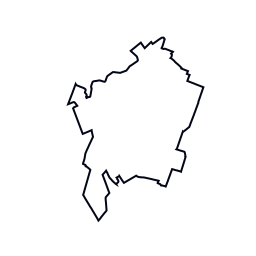 Saraiu, Constanta, Romania (Equal Earth projection), rotated 109°
{"feature_id": "2599482B59135931499306", "entity_name": "Saraiu", "entity_type": "district", "adm_level": 2, "iso_a3": "ROU", "parent_name": "Romania", "parent_adm1": "Constanta", "projection": "equal_earth", "projection_center": [28.194, 44.705], "detail": "fine", "context": "isolated", "style": "outline", "palette": "ink", "viewbox_px": 256, "rotation_deg": 109, "n_neighbors": 0, "source": "geoboundaries", "source_scale": "gbopen_adm2", "svg_char_len": 5385}
<svg xmlns="http://www.w3.org/2000/svg" viewBox="0 0 256 256"><g transform="rotate(109 128 128)"><path d="M214.7,138.2L215.6,136.9L217.7,134.5L219.0,132.9L223.5,127.6L225.0,126.0L224.7,125.8L224.8,125.7L224.4,125.6L223.7,125.2L222.9,124.9L222.0,124.6L221.6,124.5L220.5,124.2L220.0,124.0L219.5,123.8L219.3,123.7L218.7,123.5L217.7,123.2L216.8,122.8L215.3,122.3L214.5,121.9L213.0,121.4L212.8,121.5L206.5,124.2L205.6,124.6L203.9,125.4L202.7,125.9L202.3,126.1L201.7,126.3L201.2,126.4L200.8,126.5L197.2,125.1L195.5,124.5L194.9,125.0L194.6,125.2L194.2,125.6L187.4,131.1L180.5,136.8L180.0,136.6L176.6,135.2L176.2,135.0L175.5,134.8L176.6,133.6L176.9,133.3L177.0,133.1L177.2,132.9L177.3,132.8L177.6,132.6L178.0,132.2L178.9,131.4L179.1,131.2L179.3,131.0L179.5,130.7L179.8,130.5L179.9,130.3L180.2,130.0L180.5,129.8L180.8,129.5L180.9,129.3L181.1,129.0L181.3,128.6L181.5,128.3L181.9,127.5L182.1,127.1L182.3,126.8L182.8,126.0L182.9,125.7L183.0,125.6L183.9,123.8L183.9,123.6L184.2,122.8L184.5,122.3L184.8,121.6L185.0,120.8L184.9,120.9L184.5,120.8L182.9,119.9L182.6,119.7L182.4,119.7L182.2,119.7L181.8,119.6L181.7,119.6L181.4,119.9L180.8,120.2L180.6,120.4L180.4,120.6L180.1,121.2L179.9,121.5L179.5,121.7L179.2,121.8L178.9,121.9L178.8,122.1L178.6,122.6L178.1,122.2L177.2,121.4L176.3,120.6L176.2,120.6L178.3,117.9L179.1,116.9L181.2,114.0L170.4,104.7L170.6,104.0L170.8,103.6L170.9,103.1L170.9,102.7L170.8,102.3L170.8,101.8L170.7,101.3L170.7,101.1L170.6,100.8L170.5,100.2L170.4,99.9L170.3,99.3L170.2,99.1L170.0,98.3L169.8,97.7L169.7,97.4L169.6,96.8L169.5,96.5L169.5,95.9L169.3,95.0L169.2,93.8L169.0,92.2L168.6,88.8L168.5,87.1L168.4,86.1L168.3,85.9L168.3,85.3L168.2,84.6L168.1,83.3L168.0,82.8L167.9,82.2L167.9,81.8L169.9,82.1L170.5,82.0L170.6,79.3L171.0,78.8L171.0,78.7L171.5,78.3L171.5,77.9L171.4,77.9L171.2,77.0L171.0,74.1L171.0,73.8L171.1,73.6L171.1,73.3L165.0,73.1L163.8,73.1L152.5,72.9L152.3,68.6L152.2,68.1L152.2,67.3L152.1,66.2L152.1,65.8L152.1,65.6L152.1,65.4L152.0,64.9L152.1,63.6L150.8,63.7L143.7,63.9L138.3,64.1L136.8,64.2L136.6,64.4L136.4,64.2L132.9,66.2L132.1,66.9L132.3,71.7L132.4,75.3L131.9,75.1L130.7,75.0L130.2,75.0L129.1,75.0L124.8,75.0L122.3,75.0L119.4,75.0L117.8,75.0L116.1,75.0L114.0,75.0L114.1,74.9L112.3,73.7L109.2,71.7L107.7,70.8L107.2,70.4L103.0,70.3L102.9,70.3L94.3,70.0L92.4,70.0L90.6,69.9L88.6,69.9L84.0,69.8L83.6,69.8L81.7,69.7L81.3,69.7L81.0,69.8L80.8,69.9L80.0,70.0L74.4,70.0L72.0,70.0L71.3,70.0L71.2,70.0L69.3,70.0L64.9,70.0L64.6,78.1L64.6,78.4L64.5,79.0L64.2,87.2L62.6,87.2L58.6,87.1L57.8,87.0L57.7,90.0L54.7,89.8L54.4,97.0L53.7,97.0L53.0,98.5L52.4,99.6L52.1,100.5L51.7,101.3L51.4,102.0L51.0,103.2L50.1,105.2L49.8,105.6L48.9,107.4L48.9,107.6L48.0,110.0L48.0,110.5L47.8,110.4L47.4,110.3L46.9,110.1L45.5,110.1L44.3,110.4L43.7,111.5L41.3,110.3L41.2,110.8L41.3,113.5L41.2,113.8L41.1,114.5L41.1,115.3L41.0,118.8L41.1,119.1L41.4,119.5L41.6,120.0L41.8,120.6L41.7,121.0L41.6,121.3L41.7,122.2L41.6,122.3L40.2,122.1L39.8,122.0L39.5,122.0L39.1,122.0L36.2,122.1L33.3,122.2L32.2,122.2L32.2,122.4L32.2,122.5L32.0,122.8L31.8,122.9L31.5,123.1L31.3,123.2L31.2,123.3L31.1,123.5L31.0,123.8L31.1,124.3L31.3,124.7L31.5,125.3L31.7,125.5L32.1,125.9L32.3,126.0L32.8,126.4L35.1,128.2L36.1,128.8L36.9,129.4L37.7,130.0L38.4,130.5L39.9,131.6L40.5,132.1L39.1,134.1L47.1,138.2L43.1,143.7L54.2,150.6L54.4,150.3L55.0,148.8L56.3,145.7L57.2,143.6L57.4,143.2L57.7,142.8L58.0,142.5L58.7,142.0L60.1,141.0L60.4,140.9L60.8,140.8L61.0,140.7L61.2,140.8L61.6,140.9L62.1,141.2L63.8,142.5L66.0,144.1L68.7,146.2L69.1,146.5L70.0,146.8L71.6,147.3L71.9,147.4L73.0,147.8L73.8,148.1L74.2,148.3L74.3,148.3L74.5,148.5L77.3,152.0L78.1,153.0L78.4,153.3L79.4,157.8L79.6,158.9L79.9,160.1L80.1,160.4L80.2,160.6L80.5,160.8L82.9,162.5L85.0,164.0L85.3,164.2L85.6,164.3L85.9,164.5L86.1,164.5L86.8,164.6L88.1,164.6L90.1,164.6L90.9,164.6L91.2,164.7L91.4,164.7L91.5,164.8L91.7,165.0L91.9,165.2L92.0,165.3L92.0,165.5L92.1,167.6L92.2,169.7L92.2,170.2L92.6,171.1L93.5,172.7L93.9,173.5L94.9,175.5L95.4,176.1L96.0,176.4L96.2,176.5L96.5,176.5L97.0,176.5L98.1,176.5L100.0,176.5L100.5,176.5L100.8,176.4L101.1,176.3L101.8,175.9L101.7,175.8L102.2,175.5L102.5,175.3L102.8,175.1L103.1,175.1L109.4,174.1L110.2,174.0L110.6,174.0L110.8,174.1L111.0,174.2L111.2,174.5L111.7,175.5L111.8,175.8L112.1,176.0L112.5,176.3L113.1,177.0L112.2,177.8L111.8,177.8L111.4,177.4L111.2,177.4L110.5,177.8L110.1,178.0L109.9,178.2L109.7,178.4L109.6,178.5L109.4,178.7L109.1,179.2L108.9,179.8L108.7,180.1L108.5,180.3L108.0,180.4L107.3,180.4L106.2,180.3L105.9,180.4L105.7,180.5L105.3,180.8L105.2,181.1L105.0,181.4L104.7,182.4L104.7,182.6L104.7,182.9L104.6,183.5L104.6,184.0L104.5,186.8L104.4,188.9L104.3,190.0L104.3,190.4L104.3,190.5L104.1,190.8L104.0,191.0L103.6,191.7L103.5,191.8L112.4,192.0L113.5,192.0L113.9,192.0L115.0,192.1L115.8,192.1L125.0,192.4L123.6,190.7L121.5,188.3L121.1,187.6L121.1,187.2L121.2,186.9L121.4,186.4L123.5,183.2L126.3,186.0L127.3,186.3L148.3,168.9L146.4,166.7L144.2,164.2L141.9,161.7L143.8,160.7L145.7,159.5L147.6,158.3L147.8,158.3L148.1,158.2L148.5,158.3L156.8,159.2L160.4,159.5L162.6,159.8L163.4,159.8L166.0,160.0L170.6,159.2L171.5,159.1L172.4,159.1L172.9,159.0L176.0,159.0L176.6,158.8L176.8,156.4L177.8,155.7L177.5,155.4L177.9,154.8L178.5,153.1L179.6,150.3L179.7,150.1L180.1,149.9L181.0,149.9L181.5,149.9L205.8,148.6L206.0,148.5L206.0,148.4L208.3,145.8L212.1,141.3L212.1,141.2L214.7,138.2Z" fill="none" stroke="#020617" stroke-width="2"/></g></svg>